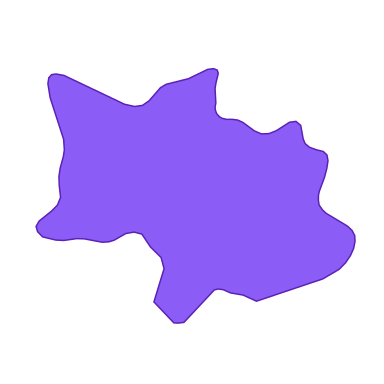 SVG path tracing the border of Bulawayo, rotated 355°
{"feature_id": "ZWE-531", "entity_name": "Bulawayo", "entity_type": "City", "adm_level": 1, "iso_a3": "ZWE", "parent_name": "Zimbabwe", "parent_adm1": "", "projection": "robinson", "projection_center": [28.554, -20.139], "detail": "fine", "context": "isolated", "style": "filled", "palette": "violet", "viewbox_px": 384, "rotation_deg": 355, "n_neighbors": 0, "source": "natural_earth", "source_scale": "10m", "svg_char_len": 1294}
<svg xmlns="http://www.w3.org/2000/svg" viewBox="0 0 384 384"><g transform="rotate(355 192 192)"><path d="M246.7,306.4L233.8,299.1L221.6,295.9L214.5,292.0L209.5,290.9L205.7,291.5L172.6,321.2L166.9,321.4L162.5,320.8L144.5,298.2L157.5,265.9L155.5,254.6L145.8,243.1L138.4,229.6L130.8,226.9L122.4,227.6L110.1,233.3L104.7,234.4L98.1,234.2L80.7,229.3L73.1,228.4L60.0,229.1L52.1,228.0L39.3,223.7L34.7,218.1L33.7,212.7L37.2,207.6L50.5,198.7L56.8,193.3L60.6,185.9L60.3,173.8L60.8,164.8L62.8,156.6L66.9,145.5L68.5,138.9L68.7,128.3L58.9,85.7L57.9,71.5L59.3,65.7L62.4,62.8L66.9,62.6L74.6,64.7L132.4,98.7L142.3,101.8L150.2,101.4L157.2,97.4L169.7,85.3L175.8,82.4L198.4,78.8L218.3,71.2L224.3,71.0L227.8,72.8L228.5,76.1L225.3,85.7L224.0,90.9L223.5,105.4L222.4,109.5L222.5,112.8L223.4,116.1L225.9,119.4L228.4,121.2L232.6,122.6L238.3,123.1L243.8,124.3L248.6,127.0L259.4,136.5L266.3,140.2L274.0,140.5L281.3,138.3L295.2,131.0L301.7,130.7L306.1,135.1L307.4,148.9L308.9,153.6L312.8,157.6L319.4,160.7L326.4,163.1L329.7,167.0L330.2,172.7L328.3,180.5L325.3,188.9L318.8,202.6L317.7,206.4L317.2,211.3L317.5,216.1L320.6,221.4L324.0,225.1L344.0,239.6L348.2,244.4L350.3,249.6L350.1,255.4L348.1,262.3L344.4,269.0L338.9,275.8L331.9,281.8L314.9,289.9L246.7,306.4Z" fill="#8b5cf6" stroke="#5b21b6" stroke-width="1.5"/></g></svg>